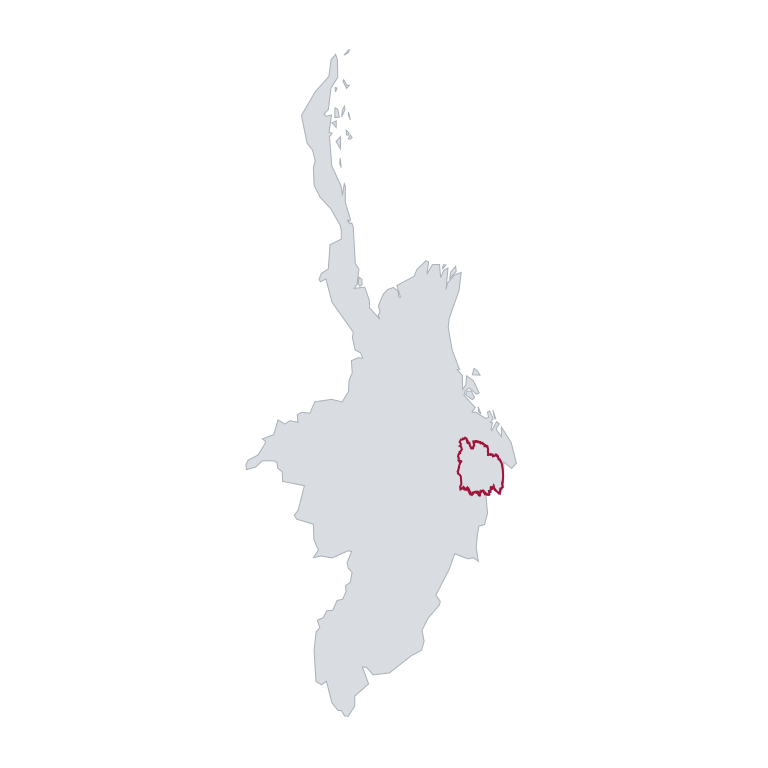 Mindat, Chin, Myanmar (highlighted), rotated 182°
{"feature_id": "60261553B42580025975984", "entity_name": "Mindat", "entity_type": "district", "adm_level": 2, "iso_a3": "MMR", "parent_name": "Myanmar", "parent_adm1": "Chin", "projection": "natural_earth1", "projection_center": [93.412, 21.435], "detail": "fine", "context": "in_parent", "style": "outline", "palette": "rose", "viewbox_px": 768, "rotation_deg": 182, "n_neighbors": 0, "source": "geoboundaries", "source_scale": "gbopen_adm2", "svg_char_len": 9629}
<svg xmlns="http://www.w3.org/2000/svg" viewBox="0 0 768 768"><g transform="rotate(182 384 384)"><path d="M488.7,344.4L481.7,340.5L476.6,344.1L468.7,342.7L469.6,350.3L465.1,352.9L457.1,352.2L452.5,363.8L436.0,366.8L425.2,364.7L419.3,375.0L419.0,386.8L416.1,393.9L417.4,406.2L410.4,409.5L406.1,408.8L408.5,414.4L414.0,416.9L417.3,429.6L416.4,434.5L438.8,463.9L445.7,487.0L451.0,483.9L452.6,486.2L450.5,492.3L443.7,497.0L442.8,521.4L431.7,527.3L432.0,535.4L433.4,541.2L443.4,557.4L454.5,568.5L460.8,580.4L462.1,597.7L460.6,604.9L463.6,615.3L469.3,622.1L475.9,649.5L463.0,673.6L449.8,689.5L448.2,706.3L443.9,711.8L441.9,706.5L440.9,688.9L447.3,677.8L449.2,656.3L453.3,651.7L451.1,649.6L445.9,651.0L447.7,633.6L444.7,632.9L447.1,629.2L443.8,600.2L433.6,579.8L432.2,571.0L430.7,582.9L429.5,580.5L429.1,564.5L423.2,547.0L423.8,545.4L426.5,547.0L424.0,543.0L421.9,543.9L420.2,539.6L416.9,503.3L413.0,498.1L414.4,482.4L417.2,478.5L406.6,480.1L401.5,466.9L401.1,459.6L390.5,448.7L392.3,452.2L390.5,455.8L392.3,461.9L388.0,473.4L383.7,478.6L377.9,480.8L373.3,477.5L372.3,471.4L370.5,471.3L374.6,482.9L357.6,492.8L355.1,499.6L346.3,508.7L343.6,507.5L344.9,495.3L339.8,505.0L332.7,505.3L331.1,492.3L328.2,499.8L324.1,502.2L325.3,480.5L324.2,486.8L317.4,495.4L310.8,498.2L312.2,480.3L321.1,452.0L321.8,442.7L317.0,420.1L309.0,401.1L311.3,400.8L306.0,395.3L305.2,381.2L302.1,386.3L301.7,395.1L294.9,390.5L288.5,378.3L291.1,377.1L298.6,383.0L302.7,379.7L303.8,375.7L292.1,363.7L295.0,358.9L291.2,359.0L281.2,353.2L278.3,354.3L279.6,359.4L277.5,360.8L273.7,353.0L276.5,349.2L274.1,349.1L275.6,342.2L274.7,341.2L270.1,350.3L267.3,348.1L270.3,343.5L269.1,340.9L264.8,335.5L265.2,345.1L254.9,330.0L248.9,309.4L253.5,304.1L261.6,310.2L260.9,284.9L264.3,279.4L272.6,283.9L275.0,277.5L278.2,275.8L276.0,258.3L278.6,247.1L284.2,245.2L285.4,236.1L286.2,223.8L283.5,210.1L288.5,213.4L294.2,212.2L307.5,216.8L312.4,200.9L324.8,174.8L320.2,168.8L320.9,165.1L331.8,151.4L337.4,139.2L334.9,128.2L337.2,119.2L347.1,113.5L368.6,95.4L384.7,92.9L391.3,100.0L395.8,100.6L388.9,83.7L402.4,71.1L402.0,61.1L408.2,50.6L411.8,51.0L415.1,56.1L418.6,56.1L425.0,63.8L431.2,85.0L435.7,81.2L441.6,84.2L444.6,115.6L443.2,133.9L439.6,138.1L442.5,145.6L436.8,148.2L433.0,155.5L427.3,156.0L423.4,166.0L417.7,167.5L414.7,175.3L415.4,181.2L410.8,184.6L409.3,194.8L413.4,198.8L414.7,204.2L410.5,215.6L414.2,216.0L429.9,208.4L441.0,209.9L448.5,208.0L443.8,215.8L448.6,225.9L449.7,241.4L466.4,245.8L469.1,249.7L465.5,254.5L460.0,279.6L481.9,283.1L482.7,292.7L487.4,296.2L488.1,301.6L491.0,303.3L502.8,303.0L509.6,296.4L518.5,293.6L519.1,299.1L517.1,303.1L507.4,308.7L500.9,320.2L500.5,322.7L503.6,324.9L492.4,329.6L488.7,344.4ZM295.2,371.5L302.2,376.2L300.9,379.6L296.5,379.9L293.1,373.8L295.2,371.5ZM435.8,617.5L440.4,624.8L436.0,629.7L435.8,617.5ZM294.5,402.8L290.8,400.1L288.4,396.2L296.1,396.3L294.5,402.8ZM442.5,648.6L442.7,658.2L439.8,657.1L438.0,649.1L442.5,648.6ZM321.2,498.1L316.5,504.2L315.8,499.0L322.2,491.5L321.2,498.1ZM412.7,489.8L409.8,487.9L409.4,482.3L411.6,480.8L413.4,483.5L412.7,489.8ZM433.3,660.3L432.6,657.1L435.6,649.4L435.2,656.2L433.3,660.3ZM431.7,678.1L435.6,685.2L434.9,686.7L431.3,681.0L429.0,681.4L431.7,678.1ZM445.1,643.2L440.9,645.3L440.7,638.7L445.1,643.2ZM435.6,711.2L430.3,717.4L431.0,714.0L435.6,711.2ZM272.4,354.1L274.3,361.8L271.0,352.6L272.4,354.1ZM435.9,602.4L435.7,608.3L434.3,598.8L435.9,602.4ZM288.5,359.6L289.1,364.5L286.1,357.5L288.5,359.6ZM430.6,636.3L427.5,633.4L428.6,631.3L430.1,631.7L430.6,636.3ZM428.4,627.8L426.4,631.7L424.5,629.3L426.1,627.6L428.4,627.8ZM428.9,651.2L429.0,654.6L426.8,646.7L428.9,651.2ZM328.5,505.3L326.3,505.1L329.2,501.2L329.5,502.7L328.5,505.3ZM443.2,678.7L441.2,678.1L442.7,674.3L443.2,678.7Z" fill="#d9dde1" stroke="#a8b0b8" stroke-width="1"/><path d="M278.4,277.4L278.1,277.8L277.4,277.8L277.0,276.9L276.5,277.0L276.3,276.9L275.7,276.8L275.0,276.9L274.8,277.1L274.9,277.4L275.1,277.9L274.8,278.8L275.2,279.6L275.4,280.6L274.3,280.5L273.8,280.3L273.8,280.5L274.0,280.8L273.8,281.2L273.9,281.6L273.7,281.7L273.5,282.6L273.8,283.4L273.8,284.5L273.6,284.8L273.0,284.7L273.0,284.2L272.7,283.7L272.4,282.9L272.2,282.9L271.9,283.4L271.6,283.6L271.7,283.9L271.5,284.2L271.3,284.3L271.2,284.7L271.0,284.9L271.1,285.3L270.8,286.2L270.7,286.0L270.7,285.3L270.4,283.6L270.1,283.6L269.8,283.2L269.6,283.1L269.6,282.5L269.7,282.1L269.6,281.9L269.2,281.7L268.9,281.8L268.8,281.6L268.6,281.4L268.2,281.4L268.2,281.0L267.9,280.7L267.0,280.2L266.3,279.5L265.7,279.3L265.5,278.7L265.0,278.8L264.9,278.6L264.7,278.7L264.6,278.9L264.5,279.2L264.4,279.1L264.4,281.5L264.3,280.3L264.1,280.4L264.2,282.6L264.1,283.6L263.8,283.7L263.2,283.5L262.6,284.6L261.8,285.1L262.0,285.7L262.0,286.0L262.0,286.6L262.2,286.9L262.6,288.6L262.6,289.0L262.2,289.1L262.0,289.5L262.1,290.1L262.2,290.4L261.9,290.6L261.9,292.3L261.7,294.8L261.8,295.2L261.7,296.6L261.9,297.6L261.9,298.7L262.1,300.0L262.2,301.5L262.4,302.4L262.3,302.8L262.4,303.3L262.8,304.6L262.9,305.6L263.1,306.1L263.2,307.1L263.3,307.5L263.5,308.5L264.0,309.3L264.0,309.7L264.2,309.8L264.4,310.7L264.9,310.8L265.2,311.6L265.4,311.7L265.7,312.8L266.1,313.0L266.2,312.5L266.5,312.5L266.7,313.0L267.1,313.1L267.1,314.2L267.6,314.8L267.5,315.4L267.9,316.3L268.0,316.5L268.8,316.5L268.9,316.1L269.2,316.4L269.1,316.7L269.3,317.3L269.6,317.3L269.7,317.5L269.8,317.5L269.8,317.1L270.9,316.2L271.2,315.8L271.4,315.8L271.8,316.2L272.0,315.9L272.4,316.0L272.6,315.8L272.7,316.2L273.2,316.4L273.3,317.1L273.5,317.0L273.8,317.4L274.7,317.1L275.1,317.7L275.6,317.4L276.0,317.4L276.0,316.9L276.9,317.0L277.4,316.7L277.6,316.7L277.6,317.2L277.4,317.4L277.3,317.9L277.7,319.0L277.6,319.5L277.8,319.8L277.7,320.3L277.9,320.5L277.9,321.0L277.7,321.3L277.6,321.7L277.7,322.0L277.7,322.4L278.0,323.1L277.9,323.4L278.1,323.6L278.2,324.0L278.4,324.2L278.3,324.8L278.5,325.5L279.1,325.9L279.4,325.8L279.9,325.2L280.3,325.4L280.7,325.8L281.3,325.5L281.3,325.8L281.1,326.0L281.0,326.7L281.4,326.9L282.0,327.4L282.3,327.3L282.6,327.4L282.8,327.3L283.0,327.4L283.2,327.7L283.2,328.0L283.3,328.5L283.6,328.6L283.8,328.2L284.0,328.1L284.4,328.4L284.9,328.3L285.4,328.1L285.6,328.5L285.7,329.4L285.9,329.5L286.4,329.1L286.6,329.4L286.8,329.4L286.8,329.2L287.2,329.2L287.5,329.7L287.9,329.5L288.0,329.1L288.3,329.1L288.6,329.2L288.6,329.5L288.8,329.5L288.9,329.9L289.3,330.3L290.3,330.2L290.3,329.9L290.6,329.4L291.6,329.8L292.7,329.8L292.7,329.4L292.5,329.1L292.6,328.8L292.4,328.2L292.2,328.2L292.2,327.8L291.8,327.7L291.8,327.4L291.9,326.7L292.0,326.4L292.0,326.0L291.7,325.4L291.9,325.2L292.2,325.1L292.6,324.7L292.6,323.2L292.7,322.8L293.0,322.6L293.8,322.6L293.9,322.8L294.6,322.8L294.6,323.3L294.9,323.4L295.0,323.7L295.0,323.9L295.4,324.3L295.4,324.6L295.8,324.9L296.1,325.5L296.2,326.7L296.3,327.0L296.6,327.1L296.8,327.8L296.7,328.3L297.0,328.3L298.0,327.8L298.5,328.0L298.6,328.4L298.5,328.9L298.7,329.0L298.6,329.5L298.9,329.4L299.1,329.7L299.3,330.2L299.0,330.8L299.0,331.1L299.8,332.0L299.7,332.4L300.4,332.7L300.7,332.7L300.8,332.5L301.2,332.4L301.4,332.5L301.5,332.8L301.8,332.5L301.8,332.2L301.8,332.3L302.1,332.0L302.4,332.2L302.6,332.2L302.4,331.9L302.6,331.8L303.2,331.8L303.4,331.6L303.3,331.4L303.5,331.3L304.1,331.2L304.4,331.2L304.9,331.0L305.2,331.1L306.4,328.7L306.2,328.3L305.4,327.3L305.1,326.8L305.0,326.1L305.3,325.5L305.8,325.0L305.6,325.0L305.2,324.5L305.1,324.0L304.7,323.9L304.3,322.7L304.2,321.9L303.9,321.3L305.1,319.4L306.1,318.7L305.4,317.8L305.4,317.5L306.4,317.3L306.7,316.9L306.8,316.3L307.2,315.9L307.4,313.9L307.1,313.7L307.0,312.7L306.6,312.3L306.8,310.4L306.9,310.1L306.6,309.9L305.4,309.7L304.9,309.9L304.5,309.8L304.0,309.2L304.4,308.7L304.6,308.7L304.8,308.3L305.2,307.9L305.5,308.0L305.2,307.4L305.2,307.2L305.8,305.8L306.2,303.9L306.4,303.4L306.3,302.8L306.1,302.7L306.5,301.9L306.5,301.6L306.8,301.0L306.6,300.3L306.7,299.9L307.0,299.7L307.3,299.4L307.4,299.2L307.3,298.8L306.9,298.3L306.8,297.3L306.9,297.1L305.0,295.8L304.0,294.1L303.2,286.8L304.3,284.2L304.0,281.2L303.7,281.2L303.3,282.0L303.0,282.0L302.9,282.1L302.9,282.4L302.4,282.7L301.7,282.8L301.4,282.5L301.0,283.9L300.6,283.6L300.1,283.2L300.1,282.4L300.2,282.1L300.0,281.7L299.8,281.9L299.7,281.8L299.7,281.4L298.8,281.4L298.5,281.8L298.3,281.5L298.3,281.1L298.2,281.0L297.8,281.4L297.8,281.9L297.7,282.4L297.4,282.1L297.3,281.7L296.5,282.2L296.4,282.4L296.4,283.0L296.3,282.9L295.9,282.7L295.8,282.0L295.3,281.6L295.3,281.4L295.7,281.0L296.0,280.5L295.8,279.9L295.6,279.6L294.7,279.8L294.1,279.6L293.9,278.7L294.4,278.4L294.4,278.2L294.8,278.0L294.8,277.9L294.6,277.5L294.1,277.0L293.9,276.6L293.5,276.6L293.1,277.0L292.9,277.0L292.2,276.2L292.1,276.3L291.9,276.7L291.4,277.0L291.2,277.3L291.4,277.7L291.8,277.8L291.8,278.1L291.4,278.3L291.3,278.6L291.1,278.6L290.9,278.9L290.1,278.8L289.8,278.7L289.5,278.7L289.6,279.0L289.4,279.4L288.9,279.5L288.9,279.2L288.0,278.9L287.5,278.5L287.4,278.6L287.6,278.8L287.6,279.0L287.4,278.9L287.1,279.0L287.0,279.7L286.6,279.8L286.5,279.7L286.6,279.4L286.3,279.1L286.6,278.9L286.4,278.7L286.4,278.2L286.6,278.1L286.3,277.8L286.2,277.5L285.3,276.5L285.4,276.1L285.0,275.9L284.7,276.1L284.3,275.8L284.2,275.9L284.4,276.3L284.3,276.7L284.5,276.9L284.2,277.4L284.4,277.6L284.2,277.9L284.3,278.1L283.9,278.8L283.9,279.0L283.7,279.1L284.1,279.6L284.0,280.0L283.7,279.9L283.5,280.3L283.3,280.0L283.1,280.0L282.9,280.4L282.5,280.2L281.9,280.3L281.9,280.5L282.1,280.7L282.1,280.8L281.9,280.9L281.6,280.8L281.2,281.0L281.1,280.9L280.7,280.8L280.7,280.4L280.4,280.0L280.6,279.5L280.3,278.8L279.9,278.7L279.4,278.9L279.4,278.7L279.7,278.4L279.2,278.1L279.2,277.6L278.9,277.7L279.0,277.5L278.9,277.3L278.4,277.4Z" fill="none" stroke="#9f1239" stroke-width="2"/></g></svg>